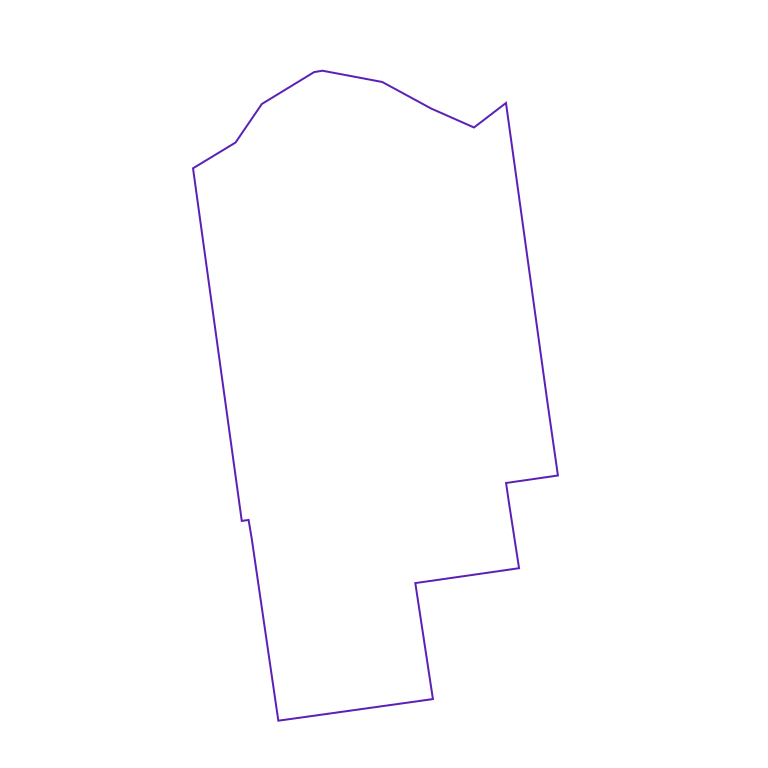 the district of Jasper, Indiana, United States of America, rotated 352°
{"feature_id": "52423323B69919986671378", "entity_name": "Jasper", "entity_type": "district", "adm_level": 2, "iso_a3": "USA", "parent_name": "United States of America", "parent_adm1": "Indiana", "projection": "natural_earth1", "projection_center": [-87.091, 41.011], "detail": "fine", "context": "isolated", "style": "outline", "palette": "violet", "viewbox_px": 768, "rotation_deg": 352, "n_neighbors": 0, "source": "geoboundaries", "source_scale": "gbopen_adm2", "svg_char_len": 438}
<svg xmlns="http://www.w3.org/2000/svg" viewBox="0 0 768 768"><g transform="rotate(352 384 384)"><path d="M543.9,122.7L508.8,142.5L469.2,117.9L424.3,84.7L366.7,65.2L358.2,65.4L302.0,89.7L277.5,116.6L270.6,124.2L224.9,143.8L224.1,499.8L231.0,499.8L231.5,519.2L232.5,702.7L388.6,702.8L387.3,585.5L492.1,585.2L491.2,517.6L491.1,499.0L543.5,498.8L543.3,423.5L543.8,197.4L543.9,122.7Z" fill="none" stroke="#5b21b6" stroke-width="2"/></g></svg>